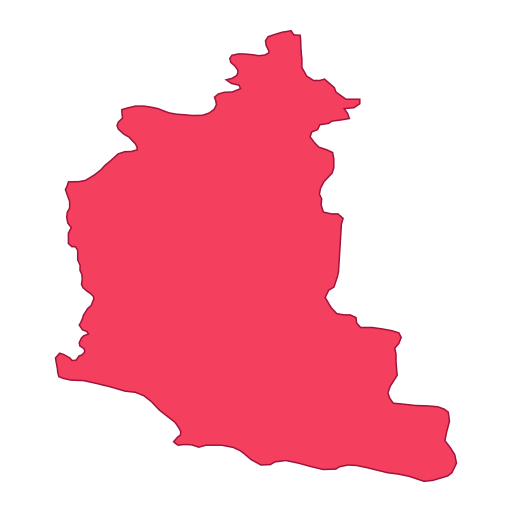 Dobrush, Gomel, Belarus (Robinson projection)
{"feature_id": "67162791B17030122378697", "entity_name": "Dobrush", "entity_type": "district", "adm_level": 2, "iso_a3": "BLR", "parent_name": "Belarus", "parent_adm1": "Gomel", "projection": "robinson", "projection_center": [31.465, 52.377], "detail": "fine", "context": "isolated", "style": "filled", "palette": "rose", "viewbox_px": 512, "rotation_deg": 0, "n_neighbors": 0, "source": "geoboundaries", "source_scale": "gbopen_adm2", "svg_char_len": 3151}
<svg xmlns="http://www.w3.org/2000/svg" viewBox="0 0 512 512"><path d="M68.5,181.8L66.8,186.9L65.4,189.5L67.0,194.2L69.6,201.3L69.6,208.1L67.3,212.2L66.7,217.2L67.8,223.1L71.3,227.6L68.4,233.1L68.4,239.0L68.4,243.5L71.9,246.7L75.4,246.7L77.7,250.3L77.7,254.4L77.7,259.9L80.1,265.3L80.0,270.3L81.9,274.6L82.2,279.3L81.5,284.5L83.0,287.7L87.1,291.2L90.5,293.5L93.5,296.5L93.8,298.8L91.2,305.5L87.8,308.4L83.3,315.4L82.9,317.4L80.7,322.7L79.2,325.0L82.5,329.9L86.7,331.4L88.5,334.0L83.7,335.8L81.4,338.1L79.2,342.8L79.9,346.0L83.6,348.3L84.8,350.6L84.4,352.4L81.8,355.0L79.1,355.9L76.1,360.2L72.0,360.5L69.8,357.9L63.4,354.4L59.6,353.2L55.5,357.9L56.2,362.3L57.4,368.7L57.7,372.2L58.8,376.6L63.0,378.3L70.8,380.1L83.6,380.6L94.5,383.0L109.1,386.5L124.9,391.1L135.4,392.3L144.0,395.8L151.5,401.7L159.4,410.1L168.7,417.4L175.1,422.4L178.5,427.3L180.8,431.7L180.4,435.2L177.7,437.0L173.6,441.7L174.7,442.8L178.1,445.2L183.0,444.6L188.3,444.6L192.0,444.9L198.8,447.2L205.9,445.2L212.9,445.2L221.6,445.2L233.2,447.4L240.1,450.6L244.2,453.7L251.1,459.6L261.0,465.0L270.3,464.6L274.9,461.9L285.9,460.5L298.7,463.2L310.3,466.4L323.1,469.5L335.8,469.1L339.3,466.8L348.0,465.0L356.7,465.5L367.2,467.7L376.5,470.0L387.5,472.7L398.5,474.1L409.0,476.3L424.0,481.3L432.8,480.4L447.8,475.9L451.9,472.7L456.5,463.2L454.7,454.6L450.1,447.4L444.9,440.6L446.6,432.1L449.5,421.2L448.3,412.2L444.2,409.1L437.8,406.8L428.0,405.9L415.2,405.5L403.0,404.1L393.2,403.2L389.7,398.2L387.9,392.8L390.3,386.1L397.2,375.3L396.6,369.4L396.0,361.7L396.0,354.1L394.8,348.2L398.9,343.3L401.2,337.4L398.9,332.9L391.9,330.7L382.1,328.9L372.2,327.5L365.8,327.5L360.6,327.5L356.6,323.0L356.0,317.6L350.2,314.9L343.8,314.9L336.8,313.6L331.6,308.2L329.3,304.6L325.2,297.4L328.7,290.2L333.9,287.1L337.4,276.7L338.5,271.8L341.4,224.2L343.1,218.4L337.9,213.9L331.5,213.9L323.4,212.1L321.1,204.9L321.7,199.1L319.4,194.1L320.5,188.3L324.0,181.6L332.1,173.1L333.8,167.7L333.8,158.7L332.6,152.5L326.8,149.8L318.7,147.1L314.1,142.2L310.1,136.8L311.8,131.9L317.6,129.6L319.9,124.7L328.6,123.4L332.0,121.1L341.9,119.8L349.4,118.5L347.6,113.5L344.2,108.6L354.0,107.7L359.8,103.7L359.8,99.2L354.0,99.2L345.9,99.2L336.0,92.1L334.3,87.6L329.1,83.1L324.5,79.1L319.8,80.5L313.5,80.5L306.6,76.0L301.9,67.5L301.9,58.6L301.3,53.7L300.8,46.1L300.7,40.7L300.2,35.3L293.8,34.9L291.1,30.7L288.0,31.3L282.2,32.2L274.3,34.6L268.1,36.7L265.5,40.7L266.2,45.5L268.8,50.9L268.8,52.9L264.7,55.1L258.8,55.7L251.6,54.6L244.4,54.0L238.4,53.9L231.9,55.3L229.8,58.5L230.8,62.4L234.8,65.9L237.7,69.9L237.9,72.7L236.7,75.5L232.2,78.3L226.2,79.8L231.5,83.5L238.9,85.1L240.6,88.6L232.2,92.0L224.3,92.3L218.3,94.0L214.5,97.2L215.9,101.4L216.4,104.8L214.2,109.2L209.4,112.9L202.7,115.3L192.2,115.5L184.8,114.8L176.6,114.2L169.2,112.9L163.7,110.9L157.9,108.6L150.3,107.0L144.0,106.1L135.4,106.1L127.8,107.9L121.8,109.6L122.0,114.2L122.5,118.1L118.4,122.0L117.0,125.7L118.4,129.2L123.9,134.2L128.9,137.0L135.4,143.9L136.8,146.6L137.3,149.8L131.1,151.5L124.8,151.7L118.1,153.9L111.2,160.2L104.7,165.6L101.1,169.7L94.6,174.8L85.5,180.4L78.6,181.7L74.0,181.7L68.7,181.9L68.5,181.8Z" fill="#f43f5e" stroke="#9f1239" stroke-width="1.5"/></svg>